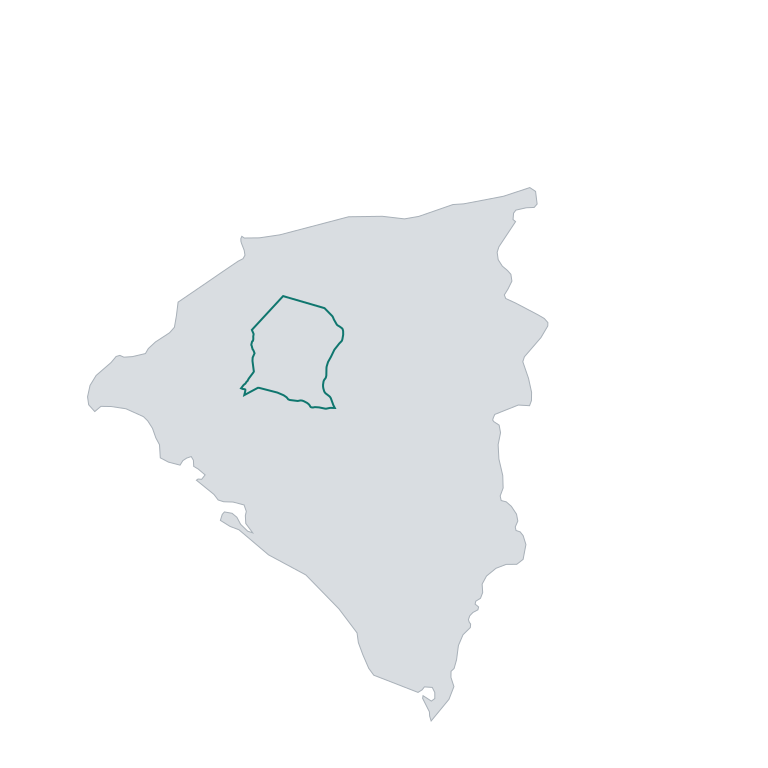 Chontales highlighted on a map of Nicaragua, rotated 126°
{"feature_id": "NIC-669", "entity_name": "Chontales", "entity_type": "Department", "adm_level": 1, "iso_a3": "NIC", "parent_name": "Nicaragua", "parent_adm1": "", "projection": "mercator", "projection_center": [-85.042, 12.14], "detail": "fine", "context": "in_parent", "style": "outline", "palette": "teal", "viewbox_px": 768, "rotation_deg": 126, "n_neighbors": 0, "source": "natural_earth", "source_scale": "10m", "svg_char_len": 3768}
<svg xmlns="http://www.w3.org/2000/svg" viewBox="0 0 768 768"><g transform="rotate(126 384 384)"><path d="M628.9,147.8L625.8,151.9L622.5,154.6L615.6,168.0L613.2,169.2L612.7,159.3L608.6,158.0L603.7,161.6L601.1,166.6L605.3,173.3L609.0,173.4L613.5,175.2L625.6,221.1L623.0,229.2L615.5,241.9L608.3,252.7L601.2,259.5L592.4,288.3L584.4,335.0L590.1,377.0L587.2,415.7L589.7,424.8L590.5,436.2L584.6,438.2L581.3,437.9L577.9,430.9L578.3,424.7L581.8,417.5L583.2,407.8L581.6,402.7L578.1,413.8L572.0,418.8L568.0,420.5L564.1,426.1L568.2,436.7L573.5,444.5L575.3,450.0L573.3,456.6L572.1,479.2L570.2,478.6L568.3,475.5L562.7,475.3L562.0,484.4L562.5,489.5L557.7,493.4L556.0,497.3L559.9,500.1L564.2,501.7L569.5,501.3L573.9,512.5L575.2,521.6L565.1,529.9L561.7,536.9L555.9,545.3L552.7,553.5L551.8,559.4L555.7,578.2L562.6,591.5L568.5,599.9L576.3,601.8L574.4,610.7L568.6,616.3L557.9,621.0L546.2,621.9L527.0,617.4L519.2,616.9L516.1,614.5L515.2,610.2L509.7,603.6L499.6,594.9L493.8,595.5L484.3,593.6L468.6,587.6L461.3,586.9L450.9,592.0L438.8,598.7L409.5,588.2L388.9,580.9L370.4,574.2L365.5,571.7L361.5,572.2L358.0,575.7L354.0,581.9L352.7,583.6L350.5,585.3L348.1,585.8L348.0,582.8L339.0,570.7L324.6,556.0L269.5,510.9L249.3,483.9L238.4,464.5L228.0,454.4L198.3,433.7L191.4,425.4L161.9,397.7L139.4,381.5L139.1,374.6L148.4,365.9L152.9,366.3L157.8,372.5L165.8,379.5L169.6,379.6L175.1,376.3L175.3,373.0L205.4,371.7L210.9,369.9L216.3,364.7L219.1,357.6L219.6,350.7L220.7,345.8L225.6,341.0L234.4,339.5L241.2,339.0L243.3,335.8L241.2,325.3L237.5,299.9L236.8,292.8L238.0,287.5L240.8,285.6L254.2,284.3L279.5,286.4L284.4,284.8L294.5,270.4L304.0,259.7L310.7,255.0L316.0,253.5L322.1,263.0L343.5,276.5L347.1,275.7L349.3,274.9L349.9,273.0L349.6,266.7L354.9,261.1L366.0,256.0L377.1,247.0L388.3,234.1L398.1,226.5L406.3,224.2L409.4,220.7L407.5,215.9L408.1,209.1L411.4,200.3L416.2,195.2L422.5,193.8L424.9,191.1L423.6,186.9L424.9,182.3L430.5,174.8L444.1,168.4L451.8,170.6L458.2,179.2L467.3,185.1L479.1,188.2L488.2,187.0L494.7,181.6L500.6,180.0L505.8,182.1L508.5,180.9L508.8,176.4L511.5,175.3L516.6,177.8L521.1,178.4L525.0,177.2L526.6,175.0L527.3,172.8L530.3,171.0L540.4,172.7L551.8,170.1L564.5,163.2L572.9,160.1L577.0,160.9L582.0,157.4L587.7,149.6L600.9,146.1L628.9,147.8Z" fill="#d9dde1" stroke="#a8b0b8" stroke-width="1"/><path d="M415.0,434.8L415.7,434.8L417.3,434.5L420.4,432.9L422.0,431.7L423.2,430.5L425.0,428.2L425.6,427.0L425.9,425.7L426.0,421.6L426.1,420.4L426.4,419.5L426.8,418.6L430.9,412.5L432.3,409.7L434.9,413.5L438.1,416.4L438.7,417.5L441.1,422.8L443.3,426.3L444.8,427.7L445.5,428.9L445.7,429.6L445.6,430.3L444.9,431.8L444.6,433.1L444.5,435.0L445.0,438.6L445.5,440.4L446.3,441.8L447.1,442.6L447.8,443.2L448.5,443.9L452.3,450.8L452.7,452.5L452.0,454.9L452.1,458.6L453.6,465.2L460.5,482.7L461.2,483.8L475.1,490.5L470.8,492.3L470.0,493.0L470.1,493.5L470.2,493.8L471.0,495.3L471.5,497.1L467.4,497.0L466.1,496.7L465.6,496.5L465.2,496.4L464.8,496.4L463.2,496.5L462.8,496.5L461.8,496.2L461.4,496.3L459.2,496.6L451.2,496.5L450.6,496.6L450.1,496.8L449.7,497.3L442.6,504.0L439.8,505.8L435.2,506.8L433.6,509.3L433.3,510.0L433.2,510.6L433.0,510.9L432.5,511.4L432.3,511.7L432.2,511.9L432.1,512.1L431.3,512.9L430.8,513.6L430.5,514.2L430.1,514.5L429.4,514.8L427.4,515.6L426.9,515.7L426.6,515.6L426.1,515.4L425.4,515.7L424.4,516.2L422.3,517.8L420.6,518.6L420.1,519.0L419.9,519.3L417.9,522.7L372.2,517.3L357.6,476.7L359.5,465.6L360.0,464.5L361.0,462.9L361.1,462.7L361.3,462.4L363.6,457.3L363.8,456.5L363.8,455.7L363.6,453.7L363.6,451.0L363.7,450.3L363.9,449.8L364.8,448.6L365.3,448.1L368.1,446.0L372.2,444.0L373.7,443.5L374.9,443.6L377.6,444.0L380.8,444.1L385.4,444.3L393.2,442.9L399.1,442.2L403.5,440.7L404.8,440.0L411.1,435.6L412.8,434.9L413.9,434.7L415.0,434.8Z" fill="none" stroke="#0f766e" stroke-width="2"/></g></svg>